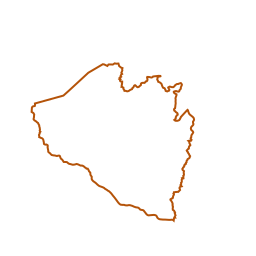 the district of Castanheira, Mato Grosso, Brazil, rotated 125°
{"feature_id": "56859067B36906842849375", "entity_name": "Castanheira", "entity_type": "district", "adm_level": 2, "iso_a3": "BRA", "parent_name": "Brazil", "parent_adm1": "Mato Grosso", "projection": "natural_earth1", "projection_center": [-58.652, -10.954], "detail": "fine", "context": "isolated", "style": "outline", "palette": "amber", "viewbox_px": 256, "rotation_deg": 125, "n_neighbors": 0, "source": "geoboundaries", "source_scale": "gbopen_adm2", "svg_char_len": 5737}
<svg xmlns="http://www.w3.org/2000/svg" viewBox="0 0 256 256"><g transform="rotate(125 128 128)"><path d="M79.2,88.9L79.0,89.6L79.7,89.8L88.6,91.0L89.2,90.8L90.6,90.7L91.2,90.5L92.2,90.6L93.0,91.1L93.6,91.5L94.1,92.1L94.6,92.8L94.9,93.5L94.8,94.7L93.9,94.5L93.0,94.3L91.7,95.1L90.9,95.1L90.1,95.3L89.4,95.2L88.6,94.9L88.0,95.4L87.5,96.2L87.5,98.0L87.2,99.0L87.2,100.1L86.3,101.0L85.6,101.1L84.8,100.8L83.4,101.5L82.2,102.2L80.6,103.0L79.8,103.6L79.1,104.2L77.6,105.1L77.0,105.6L76.4,106.2L74.4,106.8L73.5,107.0L72.6,107.6L72.8,108.9L72.8,110.1L72.6,110.8L72.0,111.3L71.4,111.0L70.2,109.9L69.8,108.6L69.2,107.4L68.6,107.1L68.0,107.3L67.3,107.5L66.2,107.3L65.5,107.3L64.5,108.0L61.7,108.6L61.2,109.3L60.9,110.5L62.4,111.7L63.3,112.2L63.7,112.9L64.2,113.3L64.8,113.5L65.7,113.9L66.7,113.9L67.5,114.0L68.5,114.3L69.2,115.2L69.6,116.0L69.8,116.8L70.2,117.6L71.0,118.0L71.7,118.3L72.4,117.3L72.6,116.5L73.0,116.0L73.9,115.8L74.7,116.4L75.5,116.8L75.8,117.6L76.0,118.4L75.2,119.3L74.9,120.1L74.5,120.6L74.5,121.3L74.9,122.1L74.7,122.8L74.2,123.6L73.8,124.4L73.2,125.1L72.7,125.8L72.5,126.7L72.4,127.5L72.5,128.5L72.8,129.8L72.3,130.3L71.5,131.9L70.6,132.2L69.9,132.7L69.0,132.7L68.3,132.3L67.7,131.7L67.1,131.1L66.4,130.7L67.7,132.8L71.4,137.0L72.3,137.1L73.1,137.6L73.6,138.6L73.9,139.5L74.5,140.6L75.1,141.5L75.8,141.3L76.3,140.7L76.8,140.0L77.4,139.8L78.0,139.4L79.0,139.5L79.6,140.1L80.6,140.2L81.5,140.3L82.5,141.8L83.2,142.5L83.9,142.8L84.6,142.7L85.3,142.1L86.1,142.2L87.1,142.6L88.1,142.7L89.0,143.4L89.2,144.4L88.8,146.5L89.3,147.1L90.0,147.2L91.8,146.9L92.7,147.3L93.9,147.0L95.1,147.8L95.9,148.2L96.7,148.4L98.0,149.2L98.5,149.8L98.8,151.0L99.2,151.7L99.6,152.2L99.1,152.8L98.7,154.0L97.6,154.9L97.8,155.6L97.5,156.4L98.0,156.9L96.4,157.8L95.8,157.9L95.3,158.4L94.7,158.5L94.2,158.8L93.3,159.4L94.1,160.8L93.9,161.6L93.1,162.1L93.0,162.8L92.3,162.3L91.9,163.6L90.0,163.0L89.8,163.9L88.0,164.2L87.1,163.8L86.6,165.1L84.2,165.6L83.2,166.5L82.1,166.9L82.5,168.4L82.3,170.8L80.7,172.8L82.1,174.6L82.7,176.0L84.7,176.8L86.6,179.7L87.2,180.4L89.0,180.5L89.6,184.0L90.2,185.2L105.5,192.2L120.7,195.5L131.2,197.8L138.5,199.5L161.3,218.3L162.2,217.5L163.5,217.0L164.7,218.2L165.6,218.5L166.6,218.3L167.4,217.8L168.6,217.1L169.5,216.5L170.1,216.2L170.0,214.1L170.7,212.6L172.2,211.8L173.1,211.2L174.4,210.7L175.1,210.2L175.4,208.9L175.3,207.8L175.3,207.0L175.5,205.7L175.5,204.5L176.0,203.8L176.7,202.3L177.7,201.5L178.2,200.7L179.8,199.2L180.7,198.9L181.1,198.3L181.3,197.6L182.5,197.7L183.3,197.1L183.9,197.1L184.6,197.0L185.1,196.6L185.8,195.8L186.4,195.5L186.2,194.5L186.1,193.8L185.9,193.1L185.7,192.4L185.8,191.6L186.1,190.9L186.6,190.2L187.1,189.8L187.8,188.9L188.3,188.5L188.8,188.1L189.3,187.5L189.1,186.3L188.3,185.3L188.2,184.1L188.7,183.4L189.7,183.0L191.6,181.1L192.1,180.5L193.2,179.7L193.4,178.9L193.4,177.6L193.7,176.3L193.9,175.1L193.2,173.4L192.5,172.2L191.7,170.1L190.9,169.5L190.1,168.6L190.0,167.9L190.5,167.1L191.2,166.1L191.6,165.4L191.6,164.4L191.8,163.3L192.7,161.2L191.4,159.3L191.0,158.4L191.2,156.3L191.0,155.4L190.5,154.3L190.2,153.3L189.7,152.0L189.1,151.4L188.5,150.7L186.9,149.4L186.4,147.8L186.0,145.4L185.7,144.8L185.2,144.3L184.9,143.4L184.8,142.0L185.0,140.7L184.9,139.6L185.1,138.7L184.4,137.7L184.8,136.7L185.4,135.7L185.8,135.1L186.2,133.3L187.6,132.2L188.0,131.7L188.5,130.4L188.7,129.8L190.6,128.5L191.2,127.4L191.3,126.7L191.5,126.0L191.5,124.7L191.5,123.8L191.6,122.4L191.9,120.6L192.0,119.0L192.0,118.3L191.7,117.2L191.0,114.6L190.8,113.0L191.0,112.0L190.9,111.0L190.8,109.5L190.9,108.7L190.7,107.3L191.1,104.6L191.6,102.9L192.1,101.4L192.4,100.2L193.0,98.2L193.6,96.4L194.7,93.2L195.1,91.2L195.0,90.0L194.3,88.7L193.6,87.7L193.2,87.1L192.9,86.0L192.0,84.4L190.8,83.2L190.2,82.4L189.9,81.6L189.3,79.8L189.0,78.0L188.5,76.2L187.5,74.2L187.4,73.4L187.5,72.4L187.8,71.5L187.6,70.5L187.1,69.5L186.8,68.9L186.6,68.1L186.9,67.0L187.5,65.0L188.0,63.5L188.1,62.1L187.8,61.1L184.7,57.4L184.1,56.5L183.7,55.5L183.6,54.8L183.8,53.9L184.3,53.1L184.7,52.3L184.8,51.5L184.8,50.6L184.6,49.8L184.2,49.0L182.9,46.7L182.5,46.2L181.9,45.3L179.6,41.5L179.1,40.8L178.3,39.9L177.8,39.2L177.5,38.2L177.6,37.5L175.5,38.6L174.9,38.7L174.4,38.0L174.0,38.8L172.2,39.0L171.9,39.7L171.2,40.3L170.8,41.1L170.1,41.1L169.8,42.0L169.3,42.8L169.3,44.4L167.9,45.5L167.2,45.7L166.6,46.1L166.2,46.9L165.4,47.2L164.9,47.9L164.2,48.2L163.5,49.4L162.8,51.0L162.5,52.1L161.9,52.3L161.2,51.9L160.5,51.7L160.1,51.2L159.4,51.2L158.5,51.7L157.3,52.1L156.5,52.1L156.0,52.3L155.6,53.2L154.9,53.1L154.3,53.5L153.7,52.8L152.9,52.1L152.4,51.3L151.9,50.9L151.5,50.2L149.5,49.9L148.9,49.8L148.5,50.3L148.0,50.8L147.7,51.4L147.0,51.6L145.9,51.4L145.0,50.6L144.7,51.5L144.6,52.3L143.3,52.3L142.5,53.1L141.5,53.0L140.7,53.4L139.9,54.1L139.3,54.5L138.6,54.5L137.9,54.0L137.8,54.8L136.9,54.2L136.1,54.6L135.6,55.3L134.7,55.2L134.0,55.5L133.4,56.0L133.0,56.5L132.2,57.0L131.2,57.4L131.0,59.2L130.4,60.0L129.5,60.0L128.8,60.2L127.8,59.9L126.9,60.3L126.4,60.1L125.7,60.6L124.8,60.4L124.1,60.0L123.7,60.5L123.1,60.6L122.5,60.4L121.9,60.8L121.0,61.2L120.1,61.0L119.3,61.3L118.4,60.9L117.8,60.6L116.8,60.5L116.0,61.0L115.4,61.0L115.1,61.7L114.9,62.4L114.3,63.2L114.1,64.2L113.4,65.0L113.3,66.0L112.7,67.0L111.8,66.8L110.9,66.8L110.2,66.4L109.6,66.5L108.9,67.1L108.1,67.3L107.4,67.3L106.5,67.0L106.0,67.4L105.2,69.0L104.1,70.0L103.9,71.1L103.2,70.5L102.7,69.5L102.1,69.0L101.2,69.2L100.8,70.6L100.0,70.9L99.2,70.9L98.4,71.5L97.3,71.9L95.1,71.9L94.1,72.1L93.6,72.9L93.4,74.2L93.2,75.3L92.4,76.2L91.2,76.7L90.3,76.7L88.7,76.4L87.9,76.4L87.2,76.7L86.5,77.7L85.5,78.4L84.3,78.4L83.4,78.6L82.9,79.0L82.1,80.0L81.8,81.2L81.7,82.6L81.6,83.6L81.6,84.3L81.5,85.0L81.3,85.9L81.0,86.5L80.4,87.4L79.9,88.2L79.2,88.9Z" fill="none" stroke="#b45309" stroke-width="2"/></g></svg>